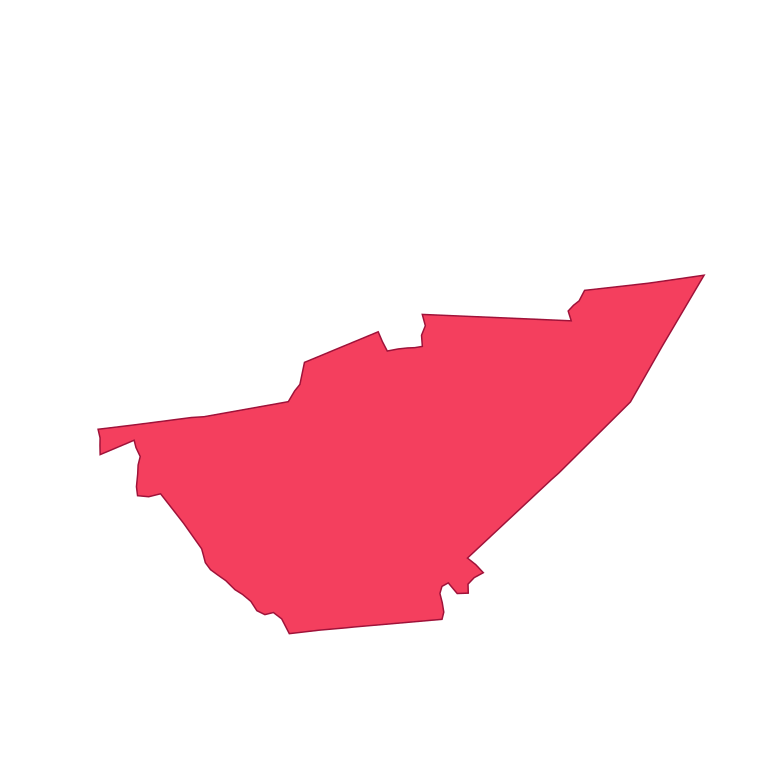 the district of Boquim, Sergipe, Brazil, rotated 32°
{"feature_id": "56859067B73188427981672", "entity_name": "Boquim", "entity_type": "district", "adm_level": 2, "iso_a3": "BRA", "parent_name": "Brazil", "parent_adm1": "Sergipe", "projection": "mercator", "projection_center": [-37.611, -11.099], "detail": "fine", "context": "isolated", "style": "filled", "palette": "rose", "viewbox_px": 768, "rotation_deg": 32, "n_neighbors": 0, "source": "geoboundaries", "source_scale": "gbopen_adm2", "svg_char_len": 1046}
<svg xmlns="http://www.w3.org/2000/svg" viewBox="0 0 768 768"><g transform="rotate(32 384 384)"><path d="M557.9,552.8L555.6,545.8L549.3,538.6L542.4,532.0L540.4,524.9L543.9,518.6L557.1,522.9L566.3,516.7L561.3,509.2L563.1,500.4L568.2,491.4L557.7,488.6L547.0,487.4L576.6,376.4L579.4,366.9L602.5,268.6L599.9,204.6L597.8,122.1L554.7,158.5L504.5,198.3L505.4,210.1L503.0,216.8L501.5,224.5L509.3,231.2L379.6,304.7L388.2,312.7L390.0,322.8L396.6,331.8L390.8,336.9L384.8,341.0L377.4,346.8L369.3,354.3L360.0,348.8L351.4,342.8L305.1,407.8L312.9,428.9L311.9,437.2L312.2,449.7L248.6,507.2L238.4,514.5L191.8,552.7L165.5,573.9L171.8,580.2L175.6,586.5L180.7,594.3L201.9,564.1L207.3,569.3L215.7,574.7L218.4,583.0L222.8,590.8L228.5,602.3L234.2,609.3L244.2,604.3L252.7,595.5L287.8,608.3L316.7,620.4L321.8,625.1L327.2,630.2L335.3,633.4L344.9,634.1L354.1,634.6L366.6,637.4L375.4,637.4L386.3,638.9L396.3,643.6L405.2,642.7L411.3,636.4L421.7,637.4L436.0,645.9L459.1,627.4L481.4,610.6L486.9,606.3L557.9,552.8Z" fill="#f43f5e" stroke="#9f1239" stroke-width="1.5"/></g></svg>